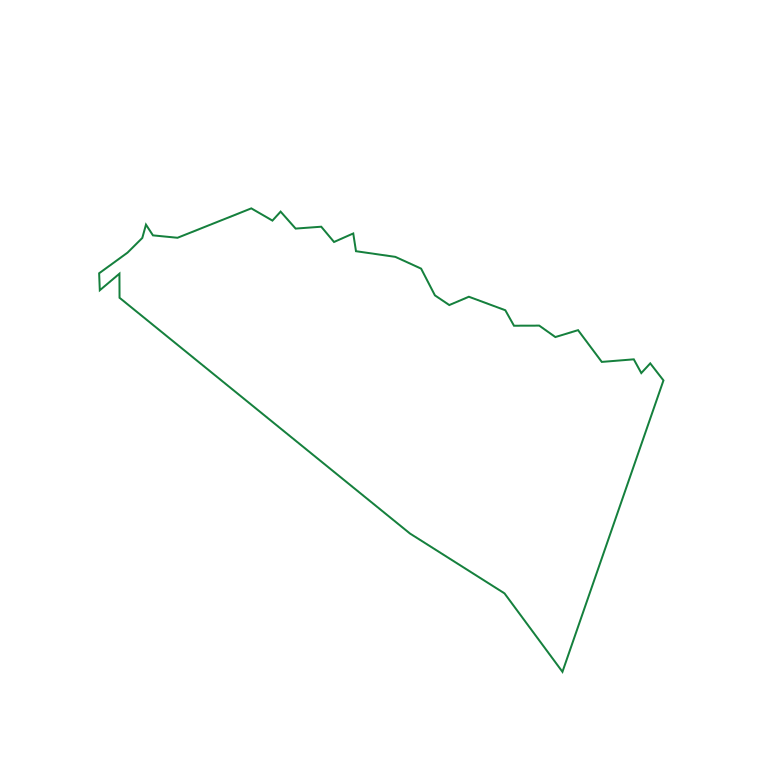 the district of Montgomery, Georgia, United States of America, rotated 121°
{"feature_id": "52423323B10770912620871", "entity_name": "Montgomery", "entity_type": "district", "adm_level": 2, "iso_a3": "USA", "parent_name": "United States of America", "parent_adm1": "Georgia", "projection": "albers", "projection_center": [-82.582, 32.151], "detail": "fine", "context": "isolated", "style": "outline", "palette": "green", "viewbox_px": 768, "rotation_deg": 121, "n_neighbors": 0, "source": "geoboundaries", "source_scale": "gbopen_adm2", "svg_char_len": 597}
<svg xmlns="http://www.w3.org/2000/svg" viewBox="0 0 768 768"><g transform="rotate(121 384 384)"><path d="M229.2,166.4L242.1,169.1L234.2,182.6L252.9,208.7L237.9,245.4L255.5,261.3L254.0,281.0L267.1,302.6L258.3,318.0L265.5,356.2L282.7,368.7L281.8,386.0L266.0,411.6L269.2,439.8L284.6,476.4L270.8,487.9L288.0,500.0L281.5,518.8L296.3,539.8L289.5,561.4L301.4,563.8L301.8,588.2L365.0,636.3L375.6,658.6L370.0,670.1L383.3,666.4L403.5,671.5L435.8,685.2L450.0,675.9L425.7,667.6L446.3,655.1L498.8,284.7L501.4,172.9L538.8,82.8L237.0,146.3L229.2,166.4Z" fill="none" stroke="#15803d" stroke-width="2"/></g></svg>